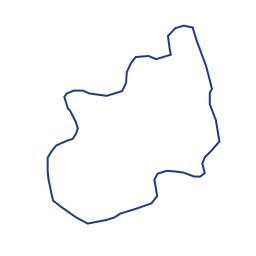 an SVG outline of Rosoman, rotated 343°
{"feature_id": "MKD-2907", "entity_name": "Rosoman", "entity_type": "Statistical Region", "adm_level": 1, "iso_a3": "MKD", "parent_name": "North Macedonia", "parent_adm1": "", "projection": "robinson", "projection_center": [21.9, 41.493], "detail": "fine", "context": "isolated", "style": "outline", "palette": "blue", "viewbox_px": 256, "rotation_deg": 343, "n_neighbors": 0, "source": "natural_earth", "source_scale": "10m", "svg_char_len": 893}
<svg xmlns="http://www.w3.org/2000/svg" viewBox="0 0 256 256"><g transform="rotate(343 128 128)"><path d="M35.2,175.6L35.4,170.3L37.0,153.7L38.6,145.6L41.9,134.9L42.4,133.0L48.5,127.6L54.4,123.7L65.8,122.3L71.8,122.3L76.7,118.3L79.9,113.7L79.9,107.0L77.8,95.0L76.2,91.7L76.2,85.7L76.2,79.7L79.4,77.1L87.1,76.4L95.7,79.0L101.2,83.7L117.0,91.0L133.2,91.0L139.3,84.4L143.1,74.4L149.6,67.0L156.1,62.4L168.6,65.1L175.1,70.4L182.8,70.4L190.3,70.4L190.9,65.1L193.1,51.7L202.3,46.4L211.1,46.4L219.4,50.9L219.2,51.1L219.2,64.4L220.8,91.7L219.8,115.0L216.5,118.3L213.2,129.0L214.3,146.3L211.5,167.6L200.7,174.3L193.1,178.3L188.7,183.6L188.2,193.6L182.8,195.6L176.8,193.6L168.1,186.9L159.3,182.9L152.3,180.3L143.1,180.3L138.2,184.9L136.0,201.6L128.4,206.9L112.1,207.6L95.7,207.6L88.7,209.6L80.5,209.6L61.5,207.6L52.2,198.3L41.3,184.3L35.2,175.6Z" fill="none" stroke="#1e3a8a" stroke-width="2"/></g></svg>